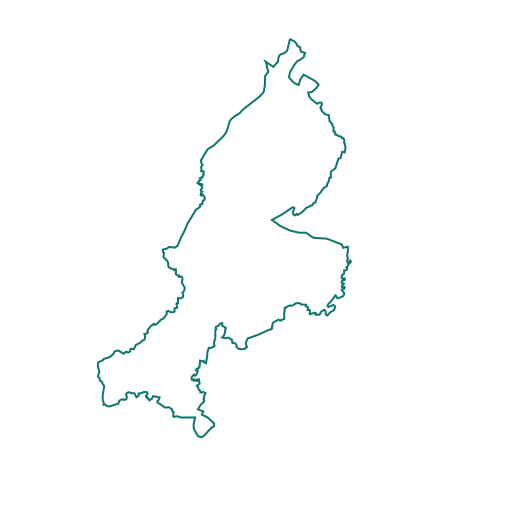 Phan Thong, Chon Buri, Thailand, rotated 210°
{"feature_id": "78962969B10956756267411", "entity_name": "Phan Thong", "entity_type": "district", "adm_level": 2, "iso_a3": "THA", "parent_name": "Thailand", "parent_adm1": "Chon Buri", "projection": "equal_earth", "projection_center": [101.08, 13.465], "detail": "fine", "context": "isolated", "style": "outline", "palette": "teal", "viewbox_px": 512, "rotation_deg": 210, "n_neighbors": 0, "source": "geoboundaries", "source_scale": "gbopen_adm2", "svg_char_len": 6085}
<svg xmlns="http://www.w3.org/2000/svg" viewBox="0 0 512 512"><g transform="rotate(210 256 256)"><path d="M344.9,429.1L342.6,427.4L340.5,424.3L338.1,422.7L337.4,421.5L338.1,416.4L333.8,408.5L331.6,402.7L331.4,401.2L332.7,395.7L340.4,376.7L341.5,371.8L344.5,365.9L346.0,361.9L346.0,359.2L343.7,349.0L344.0,344.2L347.9,330.4L350.9,325.1L351.3,323.4L351.5,311.2L349.4,308.9L347.8,308.2L348.2,305.9L346.2,303.4L346.1,302.1L344.5,302.3L343.7,303.1L342.0,300.4L342.5,299.8L341.9,298.8L341.8,297.0L342.6,296.8L342.7,295.7L343.4,295.3L341.9,294.2L342.8,293.3L342.6,292.2L343.2,290.5L343.1,289.8L342.2,289.6L341.4,290.3L340.4,289.7L339.7,291.1L338.2,291.1L338.5,289.4L337.2,288.9L336.6,287.7L337.0,285.5L335.9,284.6L334.7,284.8L335.0,282.7L334.2,280.9L333.7,280.9L333.2,282.5L332.5,282.5L329.5,280.8L328.7,279.1L329.7,277.2L328.4,274.0L330.0,272.9L329.8,271.6L329.0,271.1L329.1,270.4L331.1,266.1L331.5,249.6L330.4,240.9L330.2,234.3L329.0,225.9L330.4,222.7L335.7,220.5L337.1,217.6L340.0,214.9L338.4,212.9L337.0,212.5L335.8,209.0L330.0,207.2L328.4,205.8L326.7,203.1L323.9,202.5L320.8,203.4L319.9,202.7L318.9,204.4L317.3,202.3L316.6,200.3L313.8,199.9L313.0,200.6L312.2,199.4L310.6,200.8L309.6,200.9L307.7,198.6L307.5,197.1L306.4,195.6L301.7,192.8L300.9,190.3L301.3,187.2L299.9,186.5L298.8,183.9L299.7,181.9L302.5,180.5L299.9,176.1L301.0,175.6L301.0,174.9L298.4,171.8L300.4,169.9L298.7,167.2L299.3,166.2L301.7,164.7L304.4,164.6L305.6,163.5L304.2,160.9L304.9,155.7L306.6,152.9L307.6,148.5L309.1,145.6L310.7,146.1L312.3,141.7L312.8,137.2L311.3,135.7L312.3,133.6L313.6,132.7L311.7,130.7L310.7,127.8L312.0,126.1L313.2,122.5L315.5,118.9L315.2,114.1L317.8,113.3L318.2,112.1L317.5,111.1L317.6,109.6L318.5,108.4L320.6,108.3L321.7,105.2L328.0,105.3L330.6,102.9L330.6,99.7L331.7,96.4L332.6,94.8L336.5,90.6L336.7,88.8L339.4,85.3L338.9,83.5L337.6,81.3L333.5,76.9L333.5,75.0L332.5,72.7L330.2,71.7L328.8,70.0L326.5,70.0L325.1,68.6L323.3,68.1L322.3,67.1L318.9,58.3L316.7,54.6L314.4,52.6L313.7,51.0L312.4,52.0L311.0,51.6L308.0,52.2L301.4,59.3L302.0,62.4L299.9,65.4L298.2,65.4L296.7,67.1L297.2,69.2L298.7,70.4L299.5,71.9L298.4,74.3L294.2,75.4L292.7,76.3L289.0,73.9L287.9,75.9L288.1,77.1L288.9,78.2L286.3,80.3L285.0,82.5L282.2,83.5L281.0,82.5L281.3,79.7L281.0,79.2L279.1,79.5L278.7,78.3L277.1,78.4L276.1,77.6L274.8,80.6L275.0,83.2L268.8,85.3L268.3,82.8L268.8,80.9L267.9,79.7L265.2,79.9L259.6,79.2L258.2,79.7L255.9,81.5L252.1,81.2L250.5,79.4L249.5,79.8L247.4,75.6L246.9,75.5L244.3,77.7L239.9,78.8L228.0,85.7L226.0,79.4L223.4,75.2L216.8,71.3L214.9,71.1L212.9,71.6L211.3,73.9L208.7,85.1L207.2,87.7L208.6,90.1L217.3,92.0L223.5,91.5L223.9,95.0L229.7,94.2L229.5,99.5L228.1,104.4L229.9,105.8L229.8,106.9L230.9,108.3L231.1,112.0L233.9,111.8L235.8,110.0L237.5,111.7L238.9,111.7L240.8,113.7L242.3,113.9L241.1,117.3L243.8,120.7L244.6,120.2L244.5,118.3L245.2,117.9L246.0,118.6L247.5,117.0L248.0,118.2L249.7,116.8L251.0,118.3L251.0,120.3L250.2,122.5L249.0,121.8L248.2,123.5L248.8,126.9L249.5,126.9L249.6,127.7L251.1,127.4L250.9,128.7L249.6,130.1L249.9,131.2L249.5,131.9L252.1,137.4L249.3,138.1L248.8,139.0L247.9,138.1L245.7,138.1L248.5,145.6L250.0,148.3L250.9,152.9L248.9,154.0L246.9,157.3L249.0,159.6L250.1,164.4L254.2,171.5L253.7,172.7L254.4,172.8L255.3,174.6L253.7,176.8L253.3,179.7L251.6,180.9L250.6,178.8L245.9,178.6L245.9,176.7L244.8,174.9L244.0,171.3L244.6,168.5L240.8,169.8L240.1,170.9L238.3,171.8L236.6,171.1L235.4,171.6L234.2,170.7L233.8,169.5L232.7,168.9L231.5,169.9L229.9,169.9L228.2,169.1L227.8,167.7L224.6,166.8L220.8,168.7L218.8,170.6L219.2,171.6L218.3,172.6L221.3,175.3L222.0,180.4L214.3,189.4L207.7,198.9L206.3,199.8L206.4,200.9L205.8,201.4L207.1,203.1L206.7,203.7L207.7,205.4L207.7,207.3L204.7,212.1L202.2,212.4L202.1,213.3L200.0,215.4L202.8,220.1L205.2,225.7L204.2,226.1L203.9,227.5L202.2,229.9L200.7,230.4L198.3,233.4L198.5,234.1L196.1,236.3L194.0,237.1L193.1,236.5L188.2,238.8L187.8,237.3L184.9,237.5L184.3,235.1L182.3,236.1L180.2,232.5L176.9,236.2L176.0,235.6L175.5,236.2L174.8,235.0L171.6,237.0L171.7,240.6L169.8,243.7L168.0,242.8L166.2,240.2L164.5,240.1L163.6,244.1L161.4,248.4L161.8,250.9L163.0,252.2L164.6,252.2L167.8,248.0L169.2,248.6L169.4,250.0L168.1,256.4L167.6,261.6L166.3,261.4L165.2,260.2L163.9,260.4L160.5,264.6L160.5,267.0L161.4,268.2L164.5,269.2L164.9,269.7L163.2,271.8L163.5,273.3L164.2,273.5L165.8,272.1L166.4,272.6L166.7,274.6L166.1,275.9L168.6,275.8L169.1,277.7L167.5,279.1L167.4,280.3L168.2,280.9L169.7,279.7L170.6,279.7L171.7,281.2L171.7,283.2L171.0,284.0L171.4,286.3L172.6,287.5L170.6,289.3L170.9,291.2L172.0,291.3L171.4,292.8L171.8,294.5L170.9,298.5L172.3,299.1L172.3,296.7L173.0,296.0L174.7,297.2L175.4,300.2L177.6,302.3L178.3,305.2L181.1,309.9L184.7,306.7L187.4,308.9L203.4,306.4L214.4,300.9L217.0,300.5L224.2,301.2L230.1,297.8L238.9,295.1L250.2,294.1L260.2,295.2L254.3,304.9L248.9,316.0L248.0,317.0L246.7,316.7L245.8,311.9L244.8,310.9L243.0,310.4L242.4,310.9L241.8,312.9L240.4,312.4L238.0,316.9L236.5,323.2L235.1,324.3L234.3,326.3L232.5,328.4L232.6,330.7L231.4,331.9L232.2,336.7L233.1,338.7L232.1,341.9L231.3,348.9L229.6,352.0L230.4,354.2L230.3,356.5L231.5,360.1L231.2,361.0L230.4,361.3L233.2,366.1L232.9,367.6L231.1,371.5L233.3,381.6L231.9,382.7L231.9,383.4L233.5,389.4L231.0,390.1L232.9,395.2L234.4,396.1L235.3,397.9L236.4,398.2L237.7,401.0L239.7,401.5L240.0,401.0L241.9,402.0L244.9,401.0L247.0,401.5L247.8,400.8L249.2,401.7L249.8,403.0L251.5,402.8L252.9,406.0L254.0,406.4L256.2,408.5L259.7,409.5L263.3,414.4L267.0,413.3L272.0,414.6L272.6,416.0L273.7,416.1L274.5,417.0L274.7,420.4L276.0,421.6L278.3,420.2L279.1,418.4L286.7,419.5L290.3,421.1L290.9,422.4L292.6,423.6L289.5,426.2L287.7,431.7L287.5,435.7L287.8,435.9L292.5,437.1L305.4,436.9L305.9,431.3L304.6,425.4L308.2,425.0L312.2,425.5L317.0,427.5L318.4,432.1L318.4,440.6L317.6,445.8L316.0,447.7L314.0,452.6L314.8,454.3L314.8,456.3L319.2,455.5L321.0,457.1L321.6,458.3L322.5,458.4L322.8,459.0L324.9,458.5L327.9,460.5L330.0,461.0L334.7,460.9L334.9,460.4L331.9,450.1L332.0,448.1L332.8,446.1L335.9,442.2L336.0,441.3L335.6,438.8L334.0,434.5L334.8,432.9L335.5,428.5L344.9,429.1Z" fill="none" stroke="#0f766e" stroke-width="2"/></g></svg>